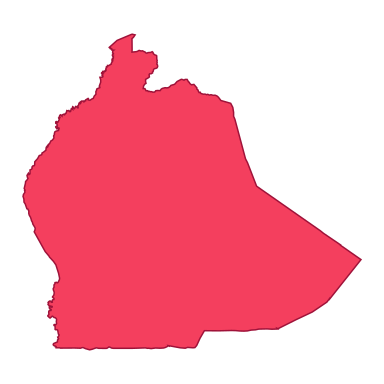 the district of Mwanga, Kilimanjaro, United Republic of Tanzania
{"feature_id": "72390352B15719315121224", "entity_name": "Mwanga", "entity_type": "district", "adm_level": 2, "iso_a3": "TZA", "parent_name": "United Republic of Tanzania", "parent_adm1": "Kilimanjaro", "projection": "albers", "projection_center": [37.536, -3.684], "detail": "fine", "context": "isolated", "style": "filled", "palette": "rose", "viewbox_px": 384, "rotation_deg": 0, "n_neighbors": 0, "source": "geoboundaries", "source_scale": "gbopen_adm2", "svg_char_len": 5654}
<svg xmlns="http://www.w3.org/2000/svg" viewBox="0 0 384 384"><path d="M58.5,130.5L56.1,131.1L54.9,131.8L54.4,133.3L54.4,134.7L53.8,135.4L53.6,136.1L53.9,137.0L53.8,138.2L52.4,140.1L50.8,141.0L49.5,143.8L48.7,144.1L47.1,146.2L48.1,145.9L47.7,146.9L46.1,148.2L45.9,150.2L43.3,152.3L42.1,152.9L41.7,154.7L39.2,155.6L37.6,158.6L34.8,161.7L34.6,165.0L34.0,165.8L33.0,165.8L32.0,167.0L32.0,168.7L31.4,169.3L30.0,169.9L30.0,173.8L29.0,174.6L28.4,173.2L27.0,175.4L27.4,177.3L28.0,178.3L27.2,179.7L25.6,181.5L25.4,183.4L24.2,188.5L25.0,190.1L24.6,190.4L24.8,190.7L24.8,192.5L23.4,194.5L23.4,195.2L23.0,196.2L23.9,199.2L24.0,202.1L25.2,203.9L26.9,208.8L27.8,209.0L28.8,211.0L28.8,213.6L29.3,215.3L30.3,216.9L31.0,218.7L31.5,220.7L32.3,222.0L32.9,224.2L34.9,227.5L35.2,228.4L34.9,230.2L34.2,231.8L45.2,251.6L49.0,256.1L49.5,257.1L53.4,261.3L55.9,264.9L58.6,273.4L59.6,278.2L59.4,279.7L58.1,282.3L57.6,282.7L57.1,282.8L56.4,282.3L55.0,282.6L55.0,283.6L54.0,284.9L54.0,287.2L53.2,288.6L53.3,289.8L54.2,292.1L54.1,293.9L53.7,295.4L52.6,296.6L52.5,297.1L53.9,298.3L54.0,299.2L53.8,299.6L53.0,299.6L52.3,300.3L52.2,301.2L52.3,302.2L51.4,302.3L50.6,301.1L49.7,301.0L48.8,301.6L48.2,302.3L48.6,302.5L48.5,302.9L48.0,304.4L48.5,305.1L49.6,305.8L52.2,306.5L52.2,307.0L51.8,307.2L51.1,307.2L49.8,306.5L49.3,306.5L49.3,308.0L50.0,308.9L50.8,309.2L51.2,309.6L51.1,310.2L50.9,310.5L49.5,310.5L48.8,311.2L48.7,312.5L48.9,314.3L48.7,314.7L47.9,315.5L47.8,316.0L49.7,317.9L50.2,318.0L52.2,316.2L52.6,316.2L54.2,317.6L55.3,317.7L56.3,318.7L56.6,319.5L56.3,321.7L56.6,323.4L56.4,324.0L55.8,324.6L54.3,324.5L54.0,324.7L54.0,325.5L55.1,326.1L55.1,329.4L55.5,329.7L57.0,329.7L57.7,330.2L58.4,334.1L59.1,334.9L58.3,336.9L57.7,337.1L57.9,337.9L58.6,338.6L58.4,339.2L57.6,339.8L57.4,341.9L53.7,343.5L53.3,344.1L53.2,344.8L53.9,345.6L55.1,346.0L55.3,346.7L56.1,346.6L56.1,347.8L59.6,347.8L60.3,348.1L74.4,348.0L80.6,348.2L82.1,347.6L83.2,347.6L85.4,348.6L89.6,349.8L92.0,349.3L96.3,347.8L98.6,348.3L105.6,348.4L106.9,348.3L108.9,347.0L109.7,347.1L111.7,348.1L113.4,348.3L132.3,348.3L145.5,347.9L147.4,348.3L148.5,348.2L151.1,348.6L155.6,348.0L159.8,348.2L163.5,348.0L165.0,347.6L167.0,346.7L168.1,345.8L168.4,345.9L168.2,345.6L180.2,347.8L185.3,348.2L187.6,347.4L193.0,347.8L194.9,347.6L196.7,345.5L200.0,338.3L204.4,330.7L219.0,330.8L231.5,330.5L235.6,330.6L240.2,331.0L244.0,331.1L247.5,330.9L251.1,330.1L255.6,329.8L258.7,329.1L267.0,328.9L271.9,329.2L277.9,329.0L277.5,328.5L278.0,328.7L296.2,319.6L312.3,312.0L326.9,302.1L329.5,298.6L329.6,299.1L361.0,259.6L340.5,245.3L340.7,245.0L323.6,233.4L320.4,230.8L256.6,186.2L247.5,162.7L245.5,158.8L234.9,119.3L233.6,116.3L233.6,112.4L232.8,107.4L230.7,103.3L220.9,100.5L218.4,97.2L216.9,95.9L215.1,95.2L213.1,95.3L211.0,94.7L209.3,95.1L207.8,94.3L206.8,94.7L205.0,94.1L203.4,94.2L201.0,93.5L200.1,92.2L199.2,92.6L198.4,91.4L198.0,90.0L196.8,89.0L196.9,87.9L193.9,84.4L191.4,84.8L189.7,83.4L189.3,82.3L188.6,82.0L187.1,79.4L185.1,79.4L184.0,80.2L182.8,79.6L181.3,79.3L177.1,81.5L174.6,84.3L170.9,85.4L169.9,86.6L168.4,87.6L166.9,87.9L165.1,87.7L162.3,88.4L161.1,89.2L160.2,90.6L157.6,90.5L155.8,90.7L154.7,92.0L152.8,92.2L151.8,91.7L150.3,91.7L149.5,91.3L148.3,91.5L148.1,91.0L147.5,90.7L146.0,90.7L144.9,88.6L143.2,88.6L143.6,85.9L144.8,84.1L146.0,83.4L145.6,81.6L145.6,79.4L148.5,77.7L149.4,76.9L149.1,74.6L149.6,73.8L151.1,73.8L152.6,72.9L152.5,72.0L153.3,71.1L153.5,69.6L154.4,68.7L156.0,68.4L157.2,67.7L157.7,66.4L157.5,65.0L156.8,64.1L157.2,62.3L156.9,61.5L157.2,60.3L156.8,59.4L156.7,55.8L156.2,55.3L155.1,55.0L154.2,54.4L153.3,53.6L153.0,52.4L152.2,51.7L150.8,52.4L148.0,52.6L147.0,53.1L146.2,53.1L144.9,51.9L143.5,51.4L143.0,51.0L142.5,50.8L141.1,51.0L139.1,50.4L137.3,51.4L136.1,51.7L132.0,52.1L132.1,49.5L132.0,38.6L133.4,37.4L135.1,34.9L132.3,34.2L131.4,34.4L117.1,40.4L109.2,47.4L109.6,47.9L110.4,47.8L110.4,48.8L110.5,48.9L111.4,48.7L111.8,48.9L111.8,50.0L113.6,50.2L112.8,50.7L112.6,52.9L113.3,53.4L113.5,53.8L112.5,54.5L112.7,55.3L112.4,55.5L112.7,56.2L113.4,56.3L113.1,56.9L113.4,57.7L113.1,57.9L113.1,58.4L112.5,58.4L112.0,59.5L112.0,59.9L112.4,59.5L112.7,59.5L112.4,60.1L112.8,60.8L111.2,63.4L111.3,64.1L108.4,65.7L107.6,65.5L107.6,66.1L107.0,66.4L107.0,66.8L106.5,66.8L106.6,67.5L105.9,68.2L106.0,69.1L105.6,70.0L106.0,70.1L105.9,70.7L105.3,70.9L105.2,71.3L104.5,71.1L104.1,71.9L103.9,71.5L103.4,71.9L103.0,71.3L102.7,71.4L102.7,71.9L102.5,72.0L102.4,72.4L102.0,72.8L101.6,72.8L101.5,73.2L102.0,73.7L102.4,73.4L103.1,73.8L102.0,75.1L102.6,75.5L102.6,76.0L102.9,76.2L102.6,77.1L99.9,77.3L100.7,79.8L100.7,81.4L100.7,82.2L99.3,86.1L99.4,86.7L99.8,87.0L99.8,87.6L97.0,88.8L96.7,89.3L96.5,90.4L95.9,91.5L95.9,94.3L94.2,96.1L93.3,98.4L92.3,98.7L89.9,100.3L88.3,99.9L88.5,98.8L88.1,98.4L85.5,100.0L85.4,100.2L85.5,100.8L84.8,100.9L84.0,101.8L83.7,101.0L82.9,101.0L82.2,101.2L81.5,101.1L81.4,101.8L81.0,102.0L80.6,101.9L80.8,102.8L80.6,103.4L80.1,103.8L79.7,103.6L79.4,102.8L79.2,102.9L78.7,104.2L78.5,105.3L77.7,106.0L78.2,107.3L77.9,107.9L75.9,106.4L75.6,106.4L74.5,108.6L73.4,108.0L73.3,107.1L72.7,106.7L72.3,107.8L72.7,109.4L71.8,108.9L71.3,108.8L70.8,110.5L70.5,110.7L70.7,111.1L70.3,111.6L69.9,111.7L69.3,111.5L68.8,110.5L67.3,110.8L66.8,110.6L66.2,113.0L65.8,113.4L65.4,113.4L64.6,114.8L64.0,114.6L63.8,114.2L63.4,114.3L62.1,115.0L62.0,116.1L60.6,114.8L59.9,115.2L59.4,116.3L60.0,117.6L59.7,117.9L59.0,117.4L58.6,117.9L58.9,118.6L59.3,118.9L59.3,119.4L57.9,122.2L57.3,122.6L56.9,121.7L56.3,121.5L55.9,121.7L55.7,122.4L55.8,123.4L56.6,123.6L57.4,125.1L57.1,125.7L55.7,126.8L55.8,127.3L56.8,128.7L57.5,127.6L57.9,128.8L58.3,128.7L58.6,128.0L59.1,128.2L58.5,130.5Z" fill="#f43f5e" stroke="#9f1239" stroke-width="1.5"/></svg>